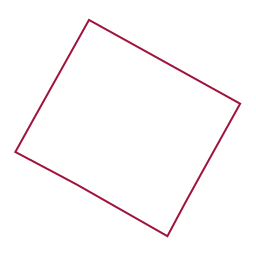 outline of Benton, Iowa, United States of America, rotated 119°
{"feature_id": "52423323B49027728279357", "entity_name": "Benton", "entity_type": "district", "adm_level": 2, "iso_a3": "USA", "parent_name": "United States of America", "parent_adm1": "Iowa", "projection": "robinson", "projection_center": [-92.019, 42.08], "detail": "fine", "context": "isolated", "style": "outline", "palette": "rose", "viewbox_px": 256, "rotation_deg": 119, "n_neighbors": 0, "source": "geoboundaries", "source_scale": "gbopen_adm2", "svg_char_len": 278}
<svg xmlns="http://www.w3.org/2000/svg" viewBox="0 0 256 256"><g transform="rotate(119 128 128)"><path d="M52.4,41.7L52.4,214.5L165.9,214.9L203.6,214.9L202.9,180.1L202.3,145.3L203.5,41.1L165.7,41.7L128.0,41.8L52.4,41.7Z" fill="none" stroke="#9f1239" stroke-width="2"/></g></svg>